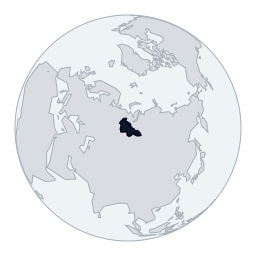 globe centered on Khanty-Mansiy, rotated 31°
{"feature_id": "RUS-2396", "entity_name": "Khanty-Mansiy", "entity_type": "Autonomous Province", "adm_level": 1, "iso_a3": "RUS", "parent_name": "Russia", "parent_adm1": "", "projection": "orthographic", "projection_center": [69.975, 62.153], "detail": "fine", "context": "on_globe", "style": "filled", "palette": "ink", "viewbox_px": 256, "rotation_deg": 31, "n_neighbors": 0, "source": "natural_earth", "source_scale": "10m", "svg_char_len": 14425}
<svg xmlns="http://www.w3.org/2000/svg" viewBox="0 0 256 256"><g transform="rotate(31 128 128)"><circle cx="128" cy="128" r="113" fill="#eef3f6" stroke="#a8b0b8"/><path d="M129.2,15.4L135.9,15.9L131.8,15.4L136.7,15.7L135.1,15.6L139.9,16.5L145.1,17.5L149.3,20.4L147.0,24.5L144.7,23.3L144.4,24.6L147.3,26.3L149.3,27.2L152.2,35.3L161.1,43.4L166.4,44.7L163.2,45.5L175.1,47.4L181.5,51.8L172.7,47.6L170.5,47.9L174.1,51.1L172.7,52.1L173.6,54.3L171.6,55.2L166.6,52.9L165.2,53.6L167.8,55.9L167.4,58.4L163.8,54.9L162.7,58.9L154.1,56.3L146.1,46.8L139.7,46.8L127.1,41.1L126.7,42.8L121.6,41.9L119.2,43.5L117.6,42.1L117.0,44.6L119.0,45.6L119.4,47.0L118.2,48.1L115.9,46.5L116.2,45.7L114.8,45.8L114.2,44.6L113.8,45.8L111.2,43.9L111.9,47.4L108.3,47.2L107.0,45.5L109.6,43.6L113.1,35.4L112.6,33.4L109.4,32.3L98.0,34.5L96.5,33.2L92.6,33.0L92.3,34.6L95.2,35.3L93.7,38.3L97.5,39.0L97.4,40.4L100.3,42.1L97.2,44.2L92.7,45.3L90.1,44.0L88.0,44.5L88.3,47.7L81.4,47.4L73.3,51.0L71.8,50.8L72.8,46.6L78.3,41.4L79.6,36.6L76.0,42.1L72.4,41.8L70.6,42.8L69.3,44.3L69.6,45.4L67.8,45.9L70.6,40.4L72.3,39.9L71.4,41.6L73.9,39.2L75.8,35.8L73.8,36.1L78.8,31.2L77.4,31.4L77.7,30.5L79.6,30.5L76.4,30.5L81.9,26.0L77.6,27.3L84.7,24.4L89.1,22.7L94.0,20.9L93.4,21.0L100.7,18.8L106.1,17.5L117.6,15.8L129.2,15.4ZM203.8,44.7L203.7,44.6L203.8,44.7ZM204.4,45.2L204.6,45.4L204.4,45.2ZM205.1,45.9L204.6,45.4L205.2,46.0L205.1,45.9ZM206.1,46.9L205.5,46.3L206.1,46.9ZM207.4,48.3L207.7,48.6L207.1,48.0L207.4,48.3ZM74.3,29.1L76.1,28.1L74.5,29.0L74.3,29.1ZM150.4,27.5L147.5,26.3L145.4,24.4L148.0,25.3L150.4,27.5ZM154.2,31.5L152.4,31.1L152.9,29.5L153.8,30.2L154.2,31.5ZM170.6,45.5L168.5,44.0L171.0,45.2L170.6,45.5ZM174.1,54.5L175.1,54.6L175.2,55.7L174.1,54.5ZM101.8,40.9L101.1,41.5L100.9,40.9L101.8,40.9ZM103.8,41.2L104.2,40.0L105.1,40.0L104.9,40.7L103.8,41.2ZM172.1,58.2L171.8,59.9L171.2,57.7L172.1,58.2ZM103.1,42.6L106.8,40.0L108.5,40.0L109.1,42.7L103.1,42.6ZM171.1,60.7L170.5,65.2L172.8,65.9L166.0,66.6L168.7,62.5L167.7,59.6L169.5,61.0L171.1,60.7ZM120.2,45.4L118.0,44.4L121.0,44.3L120.2,45.4ZM122.0,44.9L130.4,42.6L132.9,44.7L129.6,45.0L133.8,47.0L130.9,49.1L127.9,48.5L126.9,46.7L126.6,48.9L122.0,44.9ZM162.3,66.4L161.5,67.2L161.4,66.0L162.3,66.4ZM119.8,47.6L121.3,46.9L123.6,48.6L121.1,50.3L121.2,49.2L119.8,47.6ZM136.3,46.5L137.6,48.2L135.6,50.3L135.8,51.3L131.1,49.4L136.3,46.5ZM120.0,49.3L119.8,51.2L117.5,51.4L118.6,48.4L120.0,49.3ZM125.3,48.3L126.3,49.2L124.9,49.3L125.3,48.3ZM109.5,53.3L111.2,52.3L112.6,53.1L109.5,53.3ZM119.8,51.8L120.6,51.8L121.3,52.0L120.7,53.2L119.8,51.8ZM130.0,51.1L128.9,51.6L131.8,51.9L130.5,53.7L127.5,52.1L128.2,53.5L127.8,54.0L125.9,52.2L130.0,51.1ZM122.3,55.2L118.0,53.9L114.6,55.5L113.3,54.8L119.1,52.4L122.3,55.2ZM124.5,53.5L122.8,54.4L122.1,53.0L122.8,51.7L124.5,53.5ZM130.6,55.4L133.5,53.2L134.0,53.6L130.6,55.4ZM121.4,55.9L122.4,56.2L121.2,56.1L121.4,55.9ZM127.9,55.8L128.9,55.0L129.5,55.5L127.9,55.8ZM123.7,57.5L122.4,57.1L122.8,56.1L123.7,57.5ZM125.8,57.0L126.3,57.9L123.8,56.0L126.1,56.5L125.8,57.0ZM128.3,56.4L129.0,56.5L127.9,56.7L128.3,56.4ZM122.8,61.6L119.5,59.5L120.4,57.3L123.6,59.6L122.8,61.6ZM36.1,193.2L36.3,193.0L34.9,189.8L29.3,177.0L30.4,174.6L29.4,171.0L27.0,167.5L26.0,163.1L24.7,160.5L18.2,144.7L17.3,136.0L19.2,118.7L21.2,118.0L23.6,113.3L39.3,116.9L40.4,122.7L50.1,135.1L50.9,137.6L47.2,140.6L52.5,155.7L57.2,155.0L64.5,165.5L71.0,169.8L77.7,163.0L67.1,155.6L67.8,150.1L78.3,152.3L87.9,158.7L88.4,156.7L84.5,149.2L88.8,147.4L83.3,146.4L84.0,149.2L80.6,148.8L79.8,146.1L81.3,145.5L79.0,142.8L72.2,146.6L72.1,150.0L64.8,145.5L63.9,150.7L61.2,150.9L61.6,142.3L63.2,140.3L62.2,128.3L59.9,129.9L60.6,141.4L59.4,139.4L56.3,141.9L57.7,138.4L57.5,125.6L52.3,120.6L42.0,121.1L39.8,117.5L39.6,111.8L47.1,105.5L51.3,114.3L54.0,112.5L56.3,106.0L57.4,109.3L58.9,107.8L60.8,110.9L66.6,111.0L69.0,113.6L74.3,109.7L76.2,110.6L72.5,112.6L71.2,115.5L77.6,122.2L79.7,122.3L82.6,119.3L84.0,121.6L86.1,117.8L91.2,120.1L86.6,114.3L90.0,110.8L94.7,110.1L95.0,108.0L87.3,109.2L84.9,110.7L84.2,113.5L77.1,116.9L74.3,115.5L78.6,108.3L75.1,105.6L80.0,101.3L97.9,100.3L103.8,102.1L107.1,112.8L104.0,114.4L101.2,111.3L101.0,117.6L102.4,115.5L103.5,117.5L107.0,114.9L108.0,116.2L109.6,111.6L111.2,112.9L110.1,115.8L116.6,113.4L120.7,115.4L121.7,114.3L121.6,112.5L126.9,116.3L127.4,115.3L125.9,113.6L125.9,110.6L128.0,106.7L129.7,108.3L129.2,109.9L130.7,115.7L129.0,119.8L129.9,120.1L131.8,116.8L130.0,109.8L130.7,107.0L132.0,110.2L131.6,108.8L132.5,108.0L135.0,108.6L133.8,105.1L141.6,94.1L147.2,94.5L147.5,98.4L154.7,92.9L160.5,94.0L159.1,92.4L161.6,89.0L159.8,88.5L159.3,87.5L164.9,78.8L167.6,78.1L168.4,72.9L167.6,72.2L165.7,72.4L166.0,66.6L172.8,65.9L174.1,67.7L177.4,66.1L180.0,70.5L183.6,73.5L184.4,79.4L187.2,81.4L188.2,80.6L192.8,82.8L198.8,90.6L189.6,87.9L179.8,77.7L183.4,82.1L181.3,82.2L181.8,84.5L184.4,87.6L185.6,87.2L183.2,98.5L187.0,109.2L189.9,105.3L193.4,105.9L200.3,115.5L201.1,135.4L205.7,137.0L207.1,139.6L205.5,143.6L203.5,139.9L200.4,140.8L199.4,138.2L196.2,143.7L194.7,140.2L192.9,146.3L195.4,147.9L198.8,144.3L197.9,151.3L203.5,152.6L205.9,157.5L202.6,171.5L196.5,179.0L196.5,180.8L193.2,180.9L190.2,186.1L197.5,190.7L197.8,192.9L192.2,200.6L191.8,199.2L183.0,199.6L182.3,205.3L189.0,206.1L191.4,209.1L186.6,210.4L184.1,207.7L181.0,207.7L181.2,203.1L177.2,197.4L172.4,200.8L172.1,197.7L166.0,193.1L158.6,197.3L147.5,207.8L147.0,215.1L142.7,218.5L134.7,209.1L132.9,201.5L128.9,202.3L121.6,195.2L105.9,192.7L104.6,190.2L101.5,190.5L96.5,186.9L94.9,182.6L91.4,181.7L95.9,193.0L99.7,193.9L104.3,191.3L104.7,194.8L109.6,198.7L100.7,204.4L79.0,203.5L78.5,197.5L70.5,174.9L71.7,173.3L71.7,173.1L71.7,172.6L69.3,174.9L68.5,170.3L71.0,185.6L70.7,190.8L78.6,203.6L77.5,204.0L80.6,207.0L92.4,209.2L92.1,210.9L85.5,216.1L70.6,217.6L73.5,223.0L74.1,225.6L66.9,222.4L69.3,224.1L61.7,219.1L54.6,213.4L47.9,207.2L41.7,200.4L36.1,193.2ZM31.3,119.8L30.2,120.9L30.2,121.0L31.3,119.8ZM96.3,169.7L103.2,172.4L103.0,165.6L105.6,166.1L104.6,163.6L103.0,165.1L100.9,158.4L104.9,157.7L105.6,154.8L103.3,153.7L96.3,156.2L99.2,165.6L96.4,167.4L96.3,169.7ZM73.6,29.3L74.3,29.0L72.9,29.8L72.9,29.7L73.6,29.3ZM73.1,29.8L73.6,29.5L74.5,29.0L73.1,29.8ZM72.2,42.1L71.9,42.5L70.3,44.0L70.6,43.1L72.2,42.1ZM66.0,51.9L63.2,52.5L65.4,51.4L65.2,50.2L69.6,46.6L71.3,50.5L69.8,49.3L66.0,51.9ZM76.0,43.1L73.0,44.8L76.2,42.8L76.0,43.1ZM65.1,97.1L64.7,99.5L62.5,100.3L59.4,97.4L62.7,96.0L65.1,97.1ZM64.7,102.6L69.9,96.5L71.9,98.2L69.9,98.3L70.8,100.0L67.7,100.6L64.6,108.4L62.4,109.7L58.1,103.3L60.7,104.6L60.9,102.2L64.7,102.6ZM79.4,79.2L81.6,77.0L83.2,83.6L80.9,84.9L77.7,82.0L78.6,78.6L79.4,79.2ZM103.3,48.0L104.1,47.0L104.7,47.4L104.6,48.6L103.3,48.0ZM110.2,52.8L100.7,53.0L101.1,51.8L95.0,53.5L93.7,51.1L97.7,50.0L92.1,49.6L95.2,47.7L91.3,47.8L100.2,45.6L102.8,44.0L100.5,46.7L101.6,48.9L102.9,49.4L108.3,49.6L114.3,47.3L116.3,49.3L116.2,51.3L115.1,52.1L114.1,50.6L113.3,52.8L111.0,51.2L110.2,52.8ZM113.7,75.6L113.0,73.1L111.1,78.0L108.8,76.1L108.7,76.8L106.0,76.5L102.6,77.3L102.0,76.1L100.9,77.0L99.1,76.9L97.5,77.7L95.7,75.8L93.6,76.7L93.9,75.4L90.7,77.4L92.3,75.1L90.1,74.8L89.7,77.1L84.0,66.1L80.3,63.5L76.4,62.7L79.7,59.1L85.4,57.7L91.8,57.9L94.8,61.1L95.7,58.9L97.4,59.9L96.0,61.1L99.2,59.7L100.3,60.8L106.0,61.5L110.0,59.0L112.2,59.2L111.1,60.8L114.0,60.0L113.5,63.2L115.1,63.5L116.1,67.0L113.1,70.0L115.1,70.1L116.0,72.8L113.7,75.6ZM123.0,62.6L120.0,66.4L117.2,67.3L116.6,60.8L115.3,60.1L114.8,56.2L118.8,55.0L118.5,56.2L119.2,57.2L117.7,57.2L119.5,57.9L119.2,59.6L120.5,60.6L119.2,61.6L123.0,62.6ZM53.3,137.7L54.2,139.2L56.0,140.9L54.1,142.6L53.3,137.7ZM53.0,129.0L54.1,129.9L52.1,133.0L51.2,131.6L53.0,129.0ZM56.3,127.9L54.3,129.7L54.8,127.9L56.3,127.9ZM73.7,113.3L75.0,114.1L74.5,115.0L73.0,115.5L73.7,113.3ZM107.5,90.5L107.5,88.8L108.3,88.6L110.6,85.3L112.5,86.5L111.9,89.0L107.5,90.5ZM75.0,163.3L72.2,163.6L71.6,162.2L72.7,162.4L75.0,163.3ZM61.9,153.2L64.1,156.7L61.3,153.6L61.9,153.2ZM110.0,91.3L110.7,89.7L111.2,91.3L110.0,91.3ZM114.0,87.3L114.8,88.8L113.0,86.3L114.0,87.3ZM91.7,232.4L88.3,233.4L83.3,231.4L81.1,230.2L81.4,229.0L86.7,230.5L88.9,230.0L91.7,232.4ZM211.8,201.2L214.0,199.1L213.8,199.4L211.8,201.2ZM209.6,202.8L212.2,200.4L209.0,203.6L209.6,202.8ZM213.2,199.4L215.8,196.3L217.0,194.8L216.7,195.5L213.2,199.4ZM207.8,204.4L197.2,212.6L192.8,214.9L194.0,213.5L201.1,208.9L207.8,204.4ZM193.6,213.7L186.7,215.5L175.9,212.6L179.8,211.2L190.8,210.6L190.1,211.7L194.3,211.1L193.6,213.7ZM209.8,197.8L209.1,200.5L203.4,205.0L200.7,206.6L198.9,205.0L199.9,202.8L202.1,201.2L210.0,188.9L212.9,187.8L210.7,192.4L213.0,192.5L209.8,197.8ZM147.6,215.6L150.6,219.0L148.2,220.0L147.6,215.6ZM212.5,181.7L209.8,187.3L212.0,181.0L212.5,181.7ZM213.4,176.5L213.9,177.8L212.3,177.6L213.4,176.5ZM197.1,183.0L194.8,185.0L194.4,183.9L197.1,180.7L197.1,183.0ZM207.7,161.5L208.9,165.2L208.9,166.7L207.2,165.5L207.7,161.5ZM127.2,100.6L121.9,103.7L119.4,107.0L120.0,110.4L117.0,107.1L120.8,102.0L127.2,100.6ZM139.6,94.7L139.1,91.9L140.8,92.3L141.1,93.0L139.6,94.7ZM138.2,93.6L134.8,91.7L135.5,89.6L138.1,91.5L138.2,93.6ZM122.2,91.3L120.6,92.2L120.2,90.8L122.2,91.3ZM213.2,201.7L218.2,195.3L221.9,190.3L213.2,201.7ZM221.9,190.2L225.9,183.5L229.1,177.6L221.9,190.2ZM217.1,195.7L220.3,190.8L221.8,188.8L217.1,195.7ZM235.8,160.7L235.7,160.9L235.1,163.0L233.8,166.7L231.0,173.2L232.1,170.6L231.9,170.2L228.1,176.9L227.3,177.3L228.9,174.1L226.1,177.8L229.2,172.4L230.3,172.3L232.0,167.7L234.4,162.7L236.4,157.9L237.4,154.7L237.0,156.4L235.8,160.7ZM228.8,176.8L229.3,175.9L228.7,177.3L228.8,176.8ZM237.9,152.7L237.8,153.3L239.1,146.4L239.2,145.8L237.9,152.7ZM239.3,145.3L239.0,146.6L239.4,144.4L239.5,144.2L239.3,145.3ZM222.4,185.0L222.2,185.7L221.3,186.5L222.4,185.0ZM223.6,183.1L226.2,179.9L223.3,183.9L223.6,183.1ZM214.5,191.5L215.5,192.0L218.4,188.0L216.1,191.7L217.9,191.8L217.1,193.3L215.4,193.0L214.5,196.2L213.1,197.5L212.6,196.1L214.1,192.1L215.4,189.6L220.5,183.4L214.5,191.5ZM223.6,181.4L222.9,180.7L223.4,178.8L224.2,178.7L223.6,181.4ZM220.3,179.1L217.9,179.3L216.0,182.3L219.4,174.8L221.3,175.9L220.3,179.1ZM217.7,176.2L216.0,179.0L217.5,175.0L217.7,176.2ZM215.3,178.7L214.7,177.3L216.3,176.0L215.3,178.7ZM218.6,175.2L218.3,172.0L219.4,172.9L218.6,175.2ZM213.1,174.1L217.1,173.6L212.6,176.7L210.7,171.1L212.5,169.1L213.1,174.1ZM212.5,137.6L211.1,136.1L212.3,133.7L212.9,135.4L212.5,137.6ZM214.7,125.2L212.1,132.6L209.8,138.7L211.3,138.3L212.2,142.6L209.1,141.5L209.5,134.8L211.6,130.8L210.3,127.4L210.9,122.9L208.4,119.8L208.1,117.1L211.0,118.7L214.7,125.2ZM207.2,118.6L203.0,112.0L205.9,109.2L207.4,110.0L208.1,114.2L206.6,115.4L207.2,118.6ZM202.8,109.6L201.3,110.8L191.9,104.5L190.6,102.5L199.3,105.6L198.3,106.9L200.1,109.0L202.8,109.6ZM162.6,67.9L161.6,67.3L162.7,67.1L162.6,67.9ZM158.3,87.4L157.8,86.0L159.2,85.7L158.3,87.4ZM157.3,82.0L156.0,83.2L156.6,81.3L157.3,82.0ZM153.3,86.2L155.1,83.4L154.4,87.0L153.3,86.2Z" fill="#d9dde1" stroke="#a8b0b8" stroke-width="1"/><path d="M118.5,127.7L118.4,127.6L118.3,127.3L118.3,127.2L118.5,126.9L118.6,126.7L118.5,126.3L118.5,126.1L118.6,125.9L118.6,125.7L118.5,125.4L118.6,125.2L118.6,124.9L118.8,124.6L118.9,124.4L119.0,124.1L119.1,123.8L119.3,123.7L119.4,123.4L119.2,123.2L119.2,122.9L119.3,122.8L119.2,122.7L119.3,122.6L119.4,122.4L119.4,122.2L119.5,122.0L119.6,121.9L119.8,121.8L119.9,121.7L120.0,121.7L120.1,121.8L120.2,122.0L120.3,122.1L120.4,121.9L120.6,121.8L120.7,121.7L120.8,121.5L120.9,121.4L121.0,121.2L121.2,120.9L121.3,120.8L121.5,120.6L121.8,120.8L121.8,121.0L121.9,121.4L122.1,121.5L122.1,121.8L122.1,122.0L121.9,122.2L121.9,122.3L122.0,122.4L122.0,122.5L121.9,122.7L121.8,122.8L121.7,122.9L121.8,123.1L122.0,123.1L122.3,123.0L122.5,123.2L122.5,123.4L122.4,123.4L122.5,123.5L122.8,123.6L122.9,123.4L123.3,123.5L123.4,123.3L123.6,123.4L123.8,123.3L124.1,123.2L124.4,123.1L124.5,123.1L124.8,123.1L125.0,123.3L125.2,123.2L125.4,123.3L125.4,123.6L125.3,123.8L125.6,124.0L125.8,124.1L126.0,124.2L126.1,124.3L126.2,124.1L126.3,124.1L126.5,124.0L126.5,123.9L126.9,123.9L127.0,123.9L127.2,123.7L127.2,123.4L127.3,123.5L127.4,123.4L127.5,123.6L127.8,123.6L128.0,123.7L128.3,123.7L128.4,123.9L128.6,123.9L128.7,124.0L128.5,124.4L128.6,124.5L128.8,125.0L129.1,125.0L129.4,125.2L129.4,126.0L129.6,125.9L129.8,125.9L129.9,125.7L130.4,125.7L130.5,125.6L130.7,125.4L130.8,125.5L131.0,125.8L131.8,125.9L132.0,126.1L132.4,126.1L132.5,126.0L132.8,125.9L133.0,125.9L133.3,125.9L133.6,126.0L133.9,126.0L134.0,125.9L134.1,126.0L134.3,126.0L134.4,126.3L134.6,126.5L135.1,126.8L135.3,126.9L135.6,126.7L135.9,126.6L136.9,126.4L136.9,126.2L137.0,126.0L137.2,125.8L137.2,125.7L137.3,125.7L137.4,125.4L137.5,125.3L137.8,125.3L137.9,125.5L138.0,125.6L138.1,125.8L138.4,125.8L138.6,126.0L138.8,125.7L139.0,125.7L139.4,125.7L139.4,125.8L139.7,126.0L140.0,126.2L140.4,125.9L140.6,126.0L140.8,126.1L141.0,126.3L141.3,126.8L141.3,127.0L141.5,127.1L141.8,127.1L142.0,127.2L142.1,127.3L142.2,127.2L142.3,127.3L142.6,127.4L142.8,127.4L142.8,127.5L142.7,127.6L142.6,127.8L141.8,128.7L141.5,129.1L141.3,129.2L140.9,128.9L140.4,128.9L139.9,129.7L139.9,129.9L139.7,130.1L139.4,129.9L139.1,130.0L138.7,130.1L138.5,129.8L138.2,129.8L137.8,130.2L137.5,130.1L137.1,130.2L137.0,130.3L136.9,130.2L136.6,130.0L136.4,130.1L136.1,130.2L135.8,130.2L135.6,130.3L135.5,130.2L135.4,130.2L135.2,130.2L134.8,130.2L134.8,130.4L134.7,130.4L134.7,130.5L134.8,130.6L134.8,130.8L134.6,131.0L134.7,131.4L134.6,131.5L134.6,131.8L134.6,132.0L134.7,132.4L134.6,132.5L134.4,132.8L134.2,132.8L134.0,133.1L133.9,133.1L133.9,133.4L133.7,133.5L133.8,133.9L133.7,134.0L133.5,134.4L133.3,134.6L133.1,134.6L132.9,134.5L132.2,134.6L132.0,134.4L131.8,134.5L131.7,134.4L131.6,134.5L131.1,134.4L131.2,134.2L131.0,133.9L130.9,133.8L130.7,133.9L130.5,133.7L130.4,133.5L130.2,133.2L129.9,133.0L129.8,132.9L129.5,132.8L129.5,132.7L129.3,132.6L129.2,132.4L129.0,132.6L128.8,132.5L128.4,132.6L128.2,132.4L127.6,132.4L127.3,132.3L127.2,132.3L127.3,132.6L126.9,133.0L126.7,133.1L126.4,133.6L126.2,133.7L125.9,133.7L125.6,134.0L125.3,134.1L125.1,134.3L125.0,134.2L124.8,134.2L124.7,134.3L124.7,134.7L124.3,134.9L124.2,134.8L123.9,134.8L123.6,134.7L123.3,134.2L123.2,133.6L123.1,133.4L122.4,133.1L122.2,133.2L121.9,133.0L121.9,132.9L121.9,132.5L121.9,132.4L121.8,131.9L121.8,131.7L121.6,131.6L121.4,131.4L121.3,131.0L121.2,130.6L121.2,130.4L121.1,130.2L121.2,129.9L121.1,129.5L120.9,129.3L120.5,129.0L120.4,128.9L119.8,128.4L119.6,128.3L119.4,128.3L119.2,128.1L118.8,128.1L118.7,128.1L118.8,127.9L118.6,127.7L118.5,127.7Z" fill="#0f172a" stroke="#020617" stroke-width="1.5"/></g></svg>